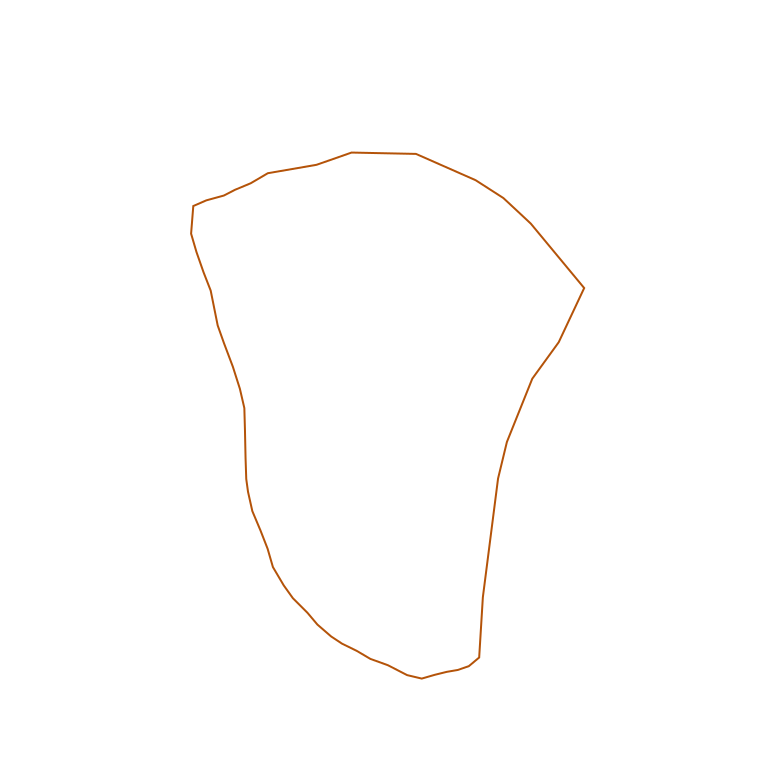 the district of Songrim City, Hwanghae-bukto, North Korea, rotated 135°
{"feature_id": "82179303B86306184890234", "entity_name": "Songrim City", "entity_type": "district", "adm_level": 2, "iso_a3": "PRK", "parent_name": "North Korea", "parent_adm1": "Hwanghae-bukto", "projection": "orthographic", "projection_center": [125.63, 38.769], "detail": "fine", "context": "isolated", "style": "outline", "palette": "amber", "viewbox_px": 768, "rotation_deg": 135, "n_neighbors": 0, "source": "geoboundaries", "source_scale": "gbopen_adm2", "svg_char_len": 790}
<svg xmlns="http://www.w3.org/2000/svg" viewBox="0 0 768 768"><g transform="rotate(135 384 384)"><path d="M510.1,123.3L464.9,163.3L370.2,236.5L338.1,256.1L275.4,282.9L230.9,290.0L174.6,310.3L166.8,393.6L168.1,431.1L175.1,463.3L198.7,524.1L243.3,570.6L276.7,586.7L317.1,615.2L336.3,620.2L352.1,626.7L364.0,630.5L379.8,639.5L393.0,644.7L414.1,626.7L423.3,609.9L432.6,590.6L440.5,572.6L460.2,543.0L468.2,526.2L478.7,503.0L489.3,482.5L499.8,465.7L515.6,449.0L534.1,429.7L548.6,414.2L556.4,403.9L567.0,387.2L574.9,367.8L582.8,349.8L592.0,333.1L597.3,312.5L599.9,297.0L599.9,276.4L601.2,261.0L599.9,242.9L597.3,230.1L592.0,214.6L588.0,199.2L580.1,182.4L573.5,161.8L565.6,149.0L553.8,142.5L543.2,136.1L534.0,129.6L523.5,124.5L510.1,123.3Z" fill="none" stroke="#b45309" stroke-width="2"/></g></svg>